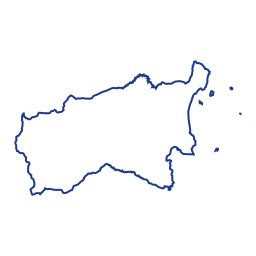 Thung Tako, Chumphon, Thailand (Mercator projection)
{"feature_id": "78962969B56019548429008", "entity_name": "Thung Tako", "entity_type": "district", "adm_level": 2, "iso_a3": "THA", "parent_name": "Thailand", "parent_adm1": "Chumphon", "projection": "mercator", "projection_center": [99.077, 10.099], "detail": "fine", "context": "isolated", "style": "outline", "palette": "blue", "viewbox_px": 256, "rotation_deg": 0, "n_neighbors": 0, "source": "geoboundaries", "source_scale": "gbopen_adm2", "svg_char_len": 5784}
<svg xmlns="http://www.w3.org/2000/svg" viewBox="0 0 256 256"><path d="M193.7,154.4L192.1,150.9L191.6,148.8L192.3,148.2L192.6,147.1L193.3,146.1L195.5,144.9L195.3,142.6L195.6,141.4L194.2,139.4L193.8,136.4L193.4,136.2L192.6,135.2L191.6,134.9L191.1,133.9L190.4,133.2L189.8,133.2L189.6,132.7L190.1,131.9L190.2,129.8L188.6,119.1L188.3,111.4L189.7,105.4L191.5,100.8L192.8,96.6L193.7,94.7L194.7,93.6L195.9,93.7L197.4,91.2L199.7,88.8L200.9,88.4L201.7,89.5L202.5,89.9L204.2,89.3L205.1,87.5L205.8,87.0L206.7,83.8L207.3,82.8L207.4,78.8L208.4,74.5L208.7,74.1L209.4,74.0L209.3,73.2L209.7,71.8L208.9,71.6L208.3,70.1L207.7,69.6L206.1,69.0L204.9,68.9L204.7,67.6L201.7,64.2L198.6,63.0L196.8,63.2L195.9,61.7L195.1,61.4L194.1,61.9L193.5,64.8L192.6,65.8L192.9,67.1L192.3,68.3L192.6,70.3L191.9,74.4L191.4,76.2L190.6,77.0L189.7,79.0L189.6,80.3L188.3,82.1L186.9,82.5L186.3,83.3L185.7,83.5L185.3,83.5L184.5,82.6L183.0,81.8L179.2,81.1L175.0,81.7L171.0,83.8L168.7,83.6L166.3,83.9L162.2,82.2L161.7,82.7L161.1,84.1L160.1,84.1L159.8,84.6L159.2,84.3L157.9,85.0L156.0,88.2L155.7,87.1L155.4,86.9L154.8,87.3L153.6,87.4L153.3,86.8L152.2,87.1L152.4,86.3L153.3,85.4L151.5,84.3L150.9,82.3L149.0,82.0L148.3,82.5L148.3,82.0L147.8,81.3L148.4,81.2L148.0,81.0L148.7,80.6L148.8,80.1L148.6,79.6L147.9,79.3L148.0,79.1L148.6,78.9L147.9,78.6L148.5,78.4L148.1,76.8L147.6,76.9L146.7,76.1L146.1,76.4L145.9,76.0L145.6,76.0L145.3,75.6L144.7,76.0L144.5,75.6L143.9,75.6L143.7,74.8L143.2,75.4L143.2,75.0L142.9,75.2L141.9,74.8L141.2,75.0L140.5,74.7L140.6,75.3L140.0,75.0L140.0,75.6L139.6,75.9L139.1,75.6L138.9,76.4L138.6,76.2L138.6,76.5L137.9,76.7L137.6,76.4L137.0,76.8L137.1,77.1L136.9,77.4L135.3,77.8L135.7,78.5L135.2,78.8L135.3,79.2L134.6,79.5L134.7,80.5L134.1,80.4L133.8,80.8L133.3,80.7L133.0,81.2L133.3,81.7L132.7,82.6L132.4,82.5L131.4,83.2L131.1,83.1L131.1,82.4L130.2,82.4L129.6,83.3L128.0,84.2L127.8,85.1L127.3,85.1L127.1,85.5L126.2,85.4L126.2,85.8L125.6,86.0L125.6,86.5L125.1,86.9L124.6,86.8L124.0,87.5L123.3,87.6L123.2,88.1L122.8,87.9L122.4,88.4L121.6,87.8L119.4,87.9L118.5,87.6L117.8,87.8L117.5,88.3L114.6,88.0L112.2,88.1L107.0,90.5L102.6,91.9L97.3,94.5L93.6,95.9L92.1,98.0L90.7,98.6L89.5,98.7L84.5,98.5L82.0,98.1L80.4,98.6L77.7,98.4L76.0,99.0L72.9,96.4L70.7,95.4L69.9,96.4L69.3,96.5L68.1,98.1L67.8,99.2L63.9,103.4L63.8,104.2L64.3,105.9L63.6,106.6L63.1,107.9L63.6,110.1L61.5,111.8L57.4,112.5L56.2,111.5L55.7,110.4L54.7,109.9L52.9,111.1L51.6,111.1L50.7,111.7L50.3,112.7L49.3,113.2L46.8,113.4L46.0,113.0L45.2,113.3L39.2,112.7L38.2,113.6L37.7,115.4L36.7,116.2L35.3,116.5L34.5,117.0L32.2,117.2L30.6,118.9L29.7,119.3L28.2,119.2L27.4,118.4L25.9,118.2L25.6,117.5L24.9,117.2L23.8,115.9L24.0,115.2L23.7,113.5L23.0,114.0L22.2,115.6L22.0,120.4L22.7,121.9L22.4,126.2L21.8,128.7L22.1,129.4L22.0,130.5L18.9,135.5L17.3,136.1L16.2,137.1L16.4,138.2L16.2,139.3L16.5,140.0L16.2,141.0L15.4,142.0L15.4,143.6L16.2,145.3L16.2,148.3L17.0,151.1L18.2,151.2L19.6,152.8L20.9,153.1L22.4,153.0L23.5,153.6L24.9,156.3L26.1,157.5L25.9,160.3L26.6,161.8L27.0,162.1L28.9,162.3L29.5,163.4L29.5,164.0L28.3,165.8L28.0,171.6L30.3,174.6L31.2,175.1L31.4,177.6L31.9,178.3L33.3,179.1L34.4,182.9L34.3,185.3L33.9,186.6L30.6,189.3L30.5,189.9L32.0,194.2L32.4,194.6L33.7,194.5L36.1,193.2L38.7,193.1L39.3,193.2L40.0,194.2L40.4,194.2L41.0,193.1L42.6,191.8L44.0,190.1L44.6,189.7L45.0,188.4L45.8,188.9L48.2,189.1L49.3,188.8L54.9,189.9L61.0,189.8L62.0,190.5L62.6,192.0L63.6,193.0L64.6,193.1L67.0,192.5L69.8,190.8L72.1,189.9L73.7,186.0L78.0,184.5L80.9,181.6L83.0,180.3L83.9,178.9L83.7,178.2L85.3,176.2L87.5,174.5L87.9,173.7L88.7,173.5L89.2,173.7L90.1,173.4L91.2,173.7L92.1,173.3L92.3,172.8L93.1,172.7L95.3,173.1L97.4,172.2L98.3,171.3L100.2,170.4L100.2,169.0L101.0,168.4L100.9,168.0L101.2,167.5L103.6,166.2L104.9,164.7L106.5,163.9L108.0,164.3L108.6,165.1L109.4,165.0L110.0,165.6L110.5,165.5L110.9,166.6L111.5,166.8L111.7,167.4L112.7,167.8L113.3,167.6L113.4,168.5L114.5,168.5L114.9,169.3L115.8,169.6L115.7,170.0L116.5,169.8L118.3,169.9L119.1,170.3L119.7,170.2L120.1,170.9L121.1,171.0L121.4,171.4L121.9,171.2L122.4,170.7L123.3,172.0L124.2,171.9L124.8,172.3L125.2,172.0L126.3,172.2L127.0,171.8L127.6,172.0L128.8,171.7L129.9,172.0L131.1,171.6L131.6,172.4L132.0,172.2L132.7,172.3L133.2,171.8L133.8,172.0L134.8,172.8L135.0,174.2L136.0,175.3L137.1,175.8L137.9,175.6L138.3,176.2L138.9,175.9L139.4,176.9L140.3,176.9L140.8,177.8L141.2,177.8L141.8,178.3L142.5,178.1L143.3,179.1L146.3,179.6L148.0,181.1L148.7,182.9L149.1,183.3L150.9,183.4L152.3,184.4L153.9,184.8L155.4,184.7L158.5,187.0L162.6,188.4L163.5,188.3L164.5,187.3L164.4,186.3L164.7,186.2L166.3,186.7L167.7,186.6L169.1,188.2L168.5,189.2L168.6,189.7L169.4,190.0L170.3,189.6L170.5,189.1L170.0,187.2L170.0,186.5L170.6,186.1L171.8,186.5L172.2,186.4L172.5,185.9L172.3,184.1L173.8,182.7L172.3,180.5L172.3,175.7L171.4,174.6L172.5,171.3L172.4,170.5L172.0,169.9L170.4,169.3L169.9,168.3L169.9,167.5L170.6,165.8L169.9,163.0L171.0,161.3L171.0,160.7L170.6,160.4L169.6,160.1L166.9,160.8L166.4,160.3L166.4,159.7L166.8,156.5L169.5,154.6L170.2,153.8L171.1,149.4L172.1,148.1L173.4,147.3L174.3,147.0L176.3,147.2L177.0,147.7L177.2,149.0L177.6,149.7L178.4,148.9L179.1,150.0L180.1,150.0L180.7,150.9L180.6,151.5L181.3,152.5L183.4,154.0L193.7,154.4ZM212.7,92.0L211.7,91.1L211.1,91.4L210.3,93.9L210.1,95.3L210.5,95.9L211.1,95.8L211.9,94.9L212.7,95.1L213.1,94.9L213.3,93.5L213.2,92.8L213.4,92.2L212.7,92.0ZM217.4,150.6L218.0,149.1L217.8,148.7L216.7,148.7L216.2,149.2L215.6,150.5L216.4,150.1L217.4,150.6ZM232.1,89.3L232.4,88.9L232.1,88.1L231.5,87.7L230.5,87.7L230.4,88.3L231.3,89.4L232.1,89.3ZM200.8,102.4L200.3,102.2L200.3,101.7L199.8,101.4L199.9,101.9L199.5,102.5L199.9,103.3L200.5,103.4L200.8,102.4ZM202.0,103.9L202.1,103.2L201.7,103.0L201.6,103.5L202.0,103.9ZM240.5,113.8L240.6,112.9L240.2,113.6L240.5,113.8Z" fill="none" stroke="#1e3a8a" stroke-width="2"/></svg>